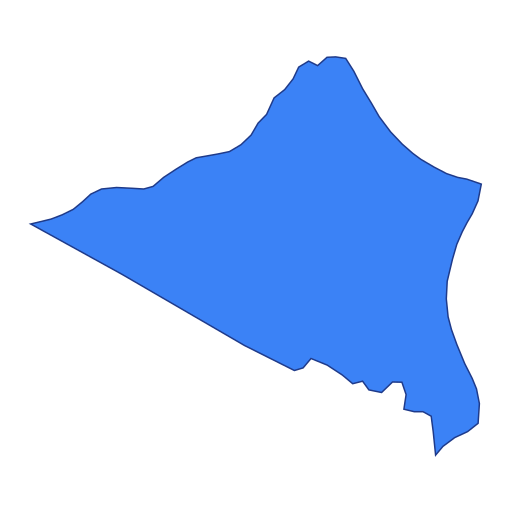 Lucena, Paraíba, Brazil
{"feature_id": "56859067B15488215620489", "entity_name": "Lucena", "entity_type": "district", "adm_level": 2, "iso_a3": "BRA", "parent_name": "Brazil", "parent_adm1": "Paraíba", "projection": "natural_earth1", "projection_center": [-34.904, -6.922], "detail": "fine", "context": "isolated", "style": "filled", "palette": "blue", "viewbox_px": 512, "rotation_deg": 0, "n_neighbors": 0, "source": "geoboundaries", "source_scale": "gbopen_adm2", "svg_char_len": 1122}
<svg xmlns="http://www.w3.org/2000/svg" viewBox="0 0 512 512"><path d="M345.7,58.4L335.7,56.9L327.0,57.3L317.6,65.6L308.6,61.1L298.7,67.1L293.1,78.9L284.7,89.6L274.1,97.9L266.6,114.4L258.1,123.1L251.1,135.1L241.0,144.7L229.4,151.6L218.3,153.9L206.0,156.1L196.2,157.8L187.7,162.0L175.9,169.3L163.6,177.4L153.1,186.4L143.7,189.0L132.3,188.3L116.6,187.5L101.5,189.0L90.8,194.1L82.7,201.6L73.3,209.3L62.2,214.8L51.0,219.1L30.7,224.0L122.3,274.5L244.5,345.5L294.4,370.5L303.1,367.9L311.0,358.5L327.2,365.1L342.3,375.0L352.7,383.7L362.6,381.2L368.9,389.9L381.6,392.5L392.5,382.0L401.9,382.2L406.1,394.6L403.9,409.2L414.2,411.7L423.0,411.7L431.2,416.2L433.2,431.6L435.6,455.1L442.9,446.4L454.7,437.6L467.6,431.6L478.1,423.3L479.4,403.6L476.5,388.9L472.2,378.4L464.7,363.6L456.8,344.4L451.4,329.4L448.1,316.8L446.3,298.9L447.2,281.3L452.5,259.1L456.8,244.3L462.3,231.7L467.1,222.5L472.2,213.8L478.0,200.9L481.3,184.1L466.7,179.1L457.7,177.4L446.5,173.6L433.9,167.0L420.8,159.3L412.7,153.3L402.2,144.1L390.6,131.9L379.2,116.7L371.6,103.5L362.6,88.7L353.8,71.2L345.7,58.4Z" fill="#3b82f6" stroke="#1e3a8a" stroke-width="1.5"/></svg>